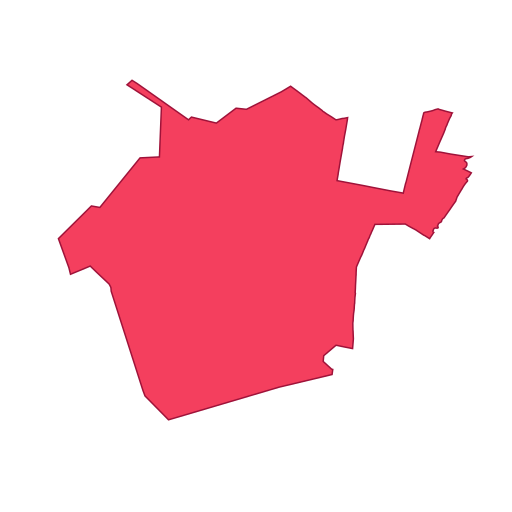 San José del Progreso, Oaxaca, Mexico (Natural Earth projection), rotated 100°
{"feature_id": "50627088B45737045838114", "entity_name": "San José del Progreso", "entity_type": "district", "adm_level": 2, "iso_a3": "MEX", "parent_name": "Mexico", "parent_adm1": "Oaxaca", "projection": "natural_earth1", "projection_center": [-96.692, 16.675], "detail": "fine", "context": "isolated", "style": "filled", "palette": "rose", "viewbox_px": 512, "rotation_deg": 100, "n_neighbors": 0, "source": "geoboundaries", "source_scale": "gbopen_adm2", "svg_char_len": 4451}
<svg xmlns="http://www.w3.org/2000/svg" viewBox="0 0 512 512"><g transform="rotate(100 256 256)"><path d="M85.9,115.6L86.5,115.7L87.0,115.7L87.4,115.7L87.7,115.7L88.2,115.8L89.4,115.9L91.2,116.0L92.4,116.1L93.4,116.1L96.5,116.4L101.7,116.8L103.4,117.0L105.2,117.1L107.8,117.3L137.8,119.6L156.6,121.0L157.6,121.1L158.7,121.3L168.6,121.9L168.5,123.3L168.5,123.6L168.5,133.1L168.5,135.3L168.2,153.0L168.0,162.0L167.7,189.3L161.1,189.3L160.4,189.4L156.4,189.4L148.9,189.5L138.1,189.5L136.7,189.5L134.9,189.5L133.5,189.6L131.7,189.6L131.3,189.6L129.7,189.5L128.5,189.6L128.4,189.6L122.7,189.7L116.0,189.6L105.2,189.7L104.9,189.8L103.8,189.8L105.1,193.1L105.6,195.0L106.5,197.0L106.9,197.9L107.8,200.1L108.0,201.0L106.1,205.3L106.0,205.5L103.4,212.1L103.2,212.2L102.9,213.1L102.7,213.3L102.3,214.2L102.1,215.0L101.5,215.8L101.2,216.2L99.5,219.5L99.1,220.1L98.9,220.7L97.2,224.2L96.7,225.2L96.0,226.5L95.5,227.4L95.2,227.9L91.6,233.9L91.3,234.4L91.1,235.0L88.9,239.3L88.5,240.0L82.8,251.4L90.0,259.7L113.2,290.9L113.9,301.3L132.0,318.1L130.4,343.7L133.6,346.1L106.8,403.0L104.5,408.6L109.8,412.8L125.8,375.0L175.2,368.3L179.5,387.2L180.0,387.5L235.3,418.2L235.3,426.8L243.7,432.7L273.2,453.6L299.7,438.4L300.3,438.1L306.2,435.5L294.7,417.5L299.7,410.1L309.1,395.8L310.6,394.6L312.3,393.4L315.8,392.5L408.0,344.0L413.1,341.0L432.5,313.7L381.2,210.6L359.5,160.5L354.4,160.7L354.3,161.9L348.2,171.5L342.4,172.0L330.0,161.7L330.0,159.9L330.1,157.9L330.1,156.6L330.2,156.4L330.1,155.3L330.2,154.9L330.3,149.5L330.3,148.7L330.4,145.6L330.4,144.8L320.7,145.7L315.3,146.9L314.3,147.1L314.0,147.2L313.3,147.3L311.6,147.8L311.3,147.8L308.9,148.3L305.2,149.0L302.9,149.1L299.9,149.5L298.8,149.6L298.4,149.7L296.9,149.8L296.1,149.9L292.8,150.0L292.7,150.0L290.0,150.2L289.8,150.3L285.9,150.7L285.5,150.6L283.6,150.9L279.4,151.4L279.1,151.4L275.4,151.6L274.8,152.0L271.2,152.4L269.8,152.6L267.7,152.9L265.2,153.2L262.7,153.5L258.0,154.1L257.5,154.1L255.1,154.5L249.4,155.2L248.1,154.9L246.8,154.6L240.1,153.0L238.5,152.6L237.4,152.2L234.4,151.5L231.8,151.0L229.3,150.3L227.4,149.9L226.0,149.6L224.3,149.2L223.9,149.1L222.8,148.9L222.2,148.7L221.1,148.5L220.5,148.4L219.0,148.0L218.8,147.8L217.2,147.5L216.6,147.4L216.4,147.4L215.2,147.1L214.4,146.8L214.0,146.7L213.9,146.7L211.5,146.2L211.1,146.0L208.1,145.3L205.1,144.6L204.2,144.4L198.6,114.5L200.0,110.9L201.7,105.9L201.7,105.7L202.7,102.8L203.3,101.5L206.3,94.6L206.5,93.9L206.7,93.1L206.9,92.6L207.1,92.2L208.8,88.0L207.7,87.6L207.0,87.3L206.1,86.9L205.7,86.7L205.3,86.5L202.1,85.1L201.9,85.0L201.8,85.3L201.6,85.7L201.0,86.1L200.7,86.2L200.0,85.9L199.6,85.9L198.6,85.7L197.9,85.4L197.4,84.5L197.2,84.1L197.2,83.7L197.2,83.1L197.1,82.4L196.9,81.9L196.6,81.6L196.2,81.6L195.9,81.6L195.7,81.8L195.5,82.2L195.3,82.4L195.0,82.5L194.7,82.4L194.4,82.3L194.1,82.2L193.7,82.1L193.1,82.1L192.5,81.9L192.0,81.5L191.5,81.1L191.1,80.7L190.9,80.2L190.7,80.0L190.5,79.8L190.3,79.6L189.9,79.4L189.6,79.3L189.2,79.3L188.8,79.3L188.4,79.2L187.9,79.0L187.5,78.9L187.0,78.7L186.7,78.4L186.3,78.1L186.1,77.8L186.0,77.7L185.9,77.6L185.5,77.3L184.5,76.9L175.3,72.6L174.6,72.3L173.1,71.6L172.4,71.3L171.7,71.0L171.3,70.7L170.7,70.5L170.1,70.2L169.1,69.7L168.4,69.4L167.9,69.1L167.5,68.9L162.9,68.2L162.3,67.9L161.8,67.8L161.5,67.7L161.2,67.5L160.9,67.4L160.3,67.2L160.0,67.1L159.2,66.8L159.0,66.7L157.6,66.2L157.3,66.0L157.0,65.9L156.6,65.8L156.3,65.7L155.9,65.5L155.2,65.3L154.7,65.0L154.4,64.9L153.9,64.7L152.9,64.4L151.7,63.9L151.1,63.7L150.7,63.5L150.0,63.2L149.6,63.0L148.8,62.6L148.7,62.6L148.0,62.2L147.6,62.0L147.0,61.6L146.8,61.5L146.4,61.3L146.1,61.1L145.8,60.9L145.7,60.8L144.9,60.8L144.1,61.4L143.6,62.5L143.0,62.4L142.6,62.1L142.2,61.5L141.9,61.1L141.5,60.7L140.6,60.2L139.7,59.7L137.7,58.8L136.7,58.4L134.3,66.9L133.0,65.4L131.7,64.6L130.2,64.2L129.8,64.1L128.2,64.4L127.8,64.6L127.2,65.2L126.0,67.3L125.5,67.3L125.0,67.2L124.4,67.0L124.1,66.7L123.9,66.5L123.1,64.3L122.4,63.2L121.8,62.2L120.9,61.2L120.7,61.0L120.6,60.9L121.4,63.8L121.5,66.3L121.8,81.8L121.8,84.1L121.7,92.5L122.1,97.2L116.1,95.8L110.9,94.6L109.4,94.2L102.4,92.5L97.9,91.6L97.5,91.7L95.3,91.2L94.1,90.8L93.0,90.6L91.8,90.4L90.7,90.1L89.8,89.9L88.1,89.5L86.9,89.2L85.1,88.6L84.0,88.2L82.8,88.1L82.0,88.0L81.5,87.8L81.4,87.7L81.0,87.5L80.9,89.1L80.7,91.7L80.4,95.3L80.2,97.0L80.0,99.1L79.8,101.2L79.5,102.2L80.7,104.9L82.0,107.0L82.8,108.7L83.6,110.6L84.4,112.5L84.9,114.1L85.4,115.1L85.9,115.6Z" fill="#f43f5e" stroke="#9f1239" stroke-width="1.5"/></g></svg>